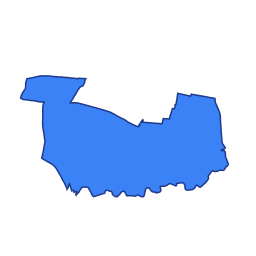 Cuautlancingo, Puebla, Mexico, rotated 71°
{"feature_id": "50627088B22654008154973", "entity_name": "Cuautlancingo", "entity_type": "district", "adm_level": 2, "iso_a3": "MEX", "parent_name": "Mexico", "parent_adm1": "Puebla", "projection": "albers", "projection_center": [-98.25, 19.119], "detail": "fine", "context": "isolated", "style": "filled", "palette": "blue", "viewbox_px": 256, "rotation_deg": 71, "n_neighbors": 0, "source": "geoboundaries", "source_scale": "gbopen_adm2", "svg_char_len": 5830}
<svg xmlns="http://www.w3.org/2000/svg" viewBox="0 0 256 256"><g transform="rotate(71 128 128)"><path d="M170.2,43.2L162.6,41.3L150.5,38.0L147.2,36.9L144.2,36.4L141.4,36.4L138.7,36.6L134.5,36.9L132.8,37.1L131.8,37.0L130.7,36.8L129.5,36.4L128.2,36.2L127.8,37.1L126.1,40.2L125.4,41.5L123.6,44.5L120.6,50.0L116.6,57.2L118.3,58.5L117.8,59.3L114.8,64.2L112.3,68.2L111.4,69.7L117.7,72.9L118.6,73.6L119.0,73.7L119.5,73.9L120.3,74.3L121.1,74.7L121.1,75.7L121.3,76.0L122.1,76.3L122.9,76.5L124.9,77.9L124.1,79.7L130.6,84.4L132.9,86.0L130.6,91.6L133.4,93.3L135.1,94.4L127.3,112.3L127.1,112.1L126.8,111.9L126.4,111.7L125.4,111.2L125.0,111.1L124.7,110.7L125.6,112.5L126.0,113.1L127.1,114.2L127.5,114.8L127.8,115.3L128.1,116.0L128.3,116.2L128.7,116.2L129.1,116.1L129.0,116.3L129.0,116.5L129.1,116.9L129.2,117.1L130.3,117.6L128.2,120.4L124.3,124.3L122.4,126.1L119.7,127.9L118.0,129.5L116.7,130.9L113.0,134.4L110.7,136.4L108.2,138.7L106.9,140.0L106.2,140.9L98.6,151.6L96.3,155.0L90.9,162.9L88.8,166.2L87.8,167.7L86.5,171.0L86.1,172.1L85.7,173.3L85.5,173.9L85.4,174.4L84.3,173.2L81.8,169.8L81.3,169.7L80.6,168.6L78.9,166.4L78.1,165.5L77.0,164.4L75.6,162.7L75.0,161.9L74.5,161.1L74.0,160.5L73.7,160.0L73.5,158.5L73.5,157.1L73.1,156.5L71.4,154.7L70.4,154.0L69.2,153.3L67.9,152.2L67.6,151.8L64.8,158.8L65.2,159.3L65.1,159.6L65.0,160.0L64.7,160.4L64.5,160.5L62.6,164.5L62.0,166.0L60.5,169.0L59.4,171.7L57.9,174.7L57.0,177.4L53.8,184.3L52.7,186.7L52.0,188.6L50.6,193.0L50.3,193.6L50.3,193.8L50.1,195.1L49.9,197.0L49.8,197.6L49.7,198.4L49.6,199.1L49.5,200.3L49.4,201.4L49.2,202.8L48.5,207.5L50.5,209.0L51.3,209.6L52.5,210.2L56.7,211.8L57.4,212.2L57.7,212.6L60.1,215.8L60.7,216.5L62.1,218.0L64.9,219.8L66.2,218.5L67.2,217.5L67.7,216.1L69.0,213.4L70.4,210.9L71.3,208.6L74.0,204.0L74.4,203.5L76.3,198.7L77.5,200.1L78.7,200.8L79.5,201.3L84.6,203.2L84.8,203.4L85.0,203.2L89.1,204.8L90.5,205.2L95.7,207.2L99.7,208.3L106.9,209.5L114.5,211.1L115.2,211.7L117.6,213.0L124.0,216.6L128.5,219.5L133.5,215.2L134.7,214.1L135.7,213.2L136.9,212.1L138.5,210.9L140.8,209.8L142.9,209.0L151.5,207.3L154.1,206.9L154.8,206.9L158.9,206.1L161.9,205.7L163.3,205.5L166.1,205.6L165.3,204.6L164.5,203.7L162.7,202.4L162.1,201.9L161.8,201.4L164.3,201.5L169.1,201.7L169.0,200.8L168.8,200.2L171.2,200.0L171.0,197.3L171.9,197.4L172.6,197.6L172.7,198.0L172.8,197.9L174.1,199.1L174.5,199.0L174.2,198.8L174.0,198.3L173.2,196.3L172.6,195.3L172.3,194.9L171.7,194.4L171.3,193.8L170.8,193.1L169.7,191.9L169.2,191.0L169.1,190.2L169.6,188.6L170.6,185.9L171.1,185.2L171.5,185.0L172.1,184.9L172.9,184.8L175.9,184.2L177.0,184.0L179.0,183.9L180.2,183.6L180.8,183.4L181.3,183.2L181.5,183.0L181.7,182.5L181.8,182.0L181.9,181.4L181.8,180.7L181.8,180.1L181.8,179.2L181.9,178.0L181.9,177.0L181.9,176.2L181.9,175.4L181.9,173.9L182.0,172.9L182.1,171.7L182.0,171.2L181.4,170.8L180.5,170.2L180.0,169.8L179.8,169.1L180.0,168.5L180.1,167.9L180.6,167.2L181.1,166.6L181.7,166.0L182.1,165.1L182.6,164.6L183.0,164.2L183.3,164.1L183.7,164.0L184.7,164.2L185.1,164.3L185.6,164.3L186.0,164.1L186.6,163.8L187.3,163.5L187.8,163.1L188.0,163.0L188.5,162.5L188.7,162.1L189.1,161.3L189.3,161.2L189.5,160.8L189.5,160.6L189.3,160.2L189.0,159.6L188.9,159.4L188.7,159.2L188.4,158.5L188.3,157.8L188.3,157.7L188.1,157.5L187.9,157.2L187.6,157.0L187.2,156.2L186.9,155.8L186.7,155.5L186.4,155.1L186.3,154.4L186.3,154.1L186.4,153.0L186.4,152.8L186.4,152.4L186.5,152.1L187.2,151.9L188.4,151.8L189.5,151.5L190.1,151.4L190.9,151.5L191.5,151.3L191.8,151.0L192.1,150.3L192.3,149.1L192.5,148.6L192.8,147.6L193.1,147.0L193.4,146.2L193.8,145.4L194.6,144.0L194.7,143.7L194.8,143.1L194.8,142.4L194.5,141.7L194.5,140.9L194.6,140.2L194.8,140.0L196.0,139.1L196.5,138.6L196.7,138.4L197.2,137.9L197.4,137.6L197.5,137.2L197.5,136.8L197.6,136.5L197.8,136.3L197.9,135.8L197.9,135.6L197.6,135.2L196.5,134.2L196.0,133.9L195.2,133.6L194.5,133.1L194.0,132.7L193.6,132.4L192.4,131.8L191.7,131.2L191.2,130.8L191.1,130.4L191.1,129.9L190.9,129.7L190.8,129.3L190.9,128.9L191.2,128.5L191.6,127.8L192.2,127.4L192.5,127.2L192.9,127.1L193.6,127.0L195.0,126.5L195.6,126.2L196.3,125.7L196.6,125.1L196.7,124.8L196.9,124.4L197.1,124.2L197.2,123.7L197.6,123.2L198.1,122.9L198.5,122.5L198.6,122.0L198.7,121.5L198.9,119.7L198.9,119.0L198.8,118.6L198.5,118.0L198.1,117.6L197.9,117.4L197.2,117.2L196.6,117.0L195.4,117.0L194.4,116.8L193.8,116.5L193.9,115.5L194.3,114.8L194.6,113.6L194.9,112.3L195.0,111.0L194.8,109.9L194.7,109.4L194.5,108.9L194.3,107.7L194.3,107.4L194.2,107.0L194.2,106.1L194.4,105.8L195.1,105.2L196.1,104.1L196.5,103.7L197.2,102.9L197.8,102.1L198.1,101.9L198.3,101.7L198.2,101.0L197.8,100.6L197.6,100.5L196.8,100.5L196.6,100.3L196.5,100.2L196.4,99.9L196.4,99.2L196.6,98.6L196.8,97.6L196.9,96.6L197.1,96.1L197.1,95.7L197.3,95.5L197.3,95.0L197.3,94.6L197.3,94.4L197.5,94.2L197.8,94.0L198.1,93.7L198.5,93.4L200.2,92.9L200.7,92.9L201.6,93.1L203.2,93.6L203.9,93.7L204.4,93.6L204.9,93.5L205.2,93.2L205.5,92.9L205.8,92.7L206.0,92.3L206.6,90.2L207.2,86.9L206.8,85.5L206.5,84.7L205.8,83.6L204.8,82.7L204.4,81.8L204.5,81.3L205.0,80.9L206.3,80.3L206.8,80.0L207.2,79.4L207.5,78.6L207.4,78.2L207.2,77.7L206.5,76.0L206.0,74.9L205.4,73.9L205.0,72.4L202.6,68.9L201.9,68.3L200.3,67.9L199.5,67.8L199.3,67.6L198.7,66.5L198.3,65.8L197.5,64.7L196.0,62.9L195.9,62.4L195.9,62.2L196.4,61.5L197.3,60.3L197.6,59.7L198.0,57.3L197.8,55.9L197.6,55.1L197.8,54.6L198.1,53.8L198.7,52.9L198.9,52.3L199.1,51.4L198.9,50.6L198.3,49.8L197.5,49.0L196.7,48.2L196.5,46.8L195.8,45.7L195.2,45.2L194.5,45.0L193.5,44.9L191.9,45.0L189.9,45.0L188.1,45.1L186.9,45.3L186.1,45.0L185.6,44.7L183.7,44.2L182.3,44.0L181.6,44.0L180.9,44.3L180.6,44.8L180.5,45.8L180.2,46.2L179.8,46.7L179.4,47.0L179.2,47.1L179.0,46.9L179.0,46.7L179.1,46.3L179.0,45.5L179.2,43.9L179.0,43.1L178.5,42.6L177.9,42.5L177.1,42.7L175.5,43.2L173.9,43.7L172.5,43.7L170.2,43.2Z" fill="#3b82f6" stroke="#1e3a8a" stroke-width="1.5"/></g></svg>